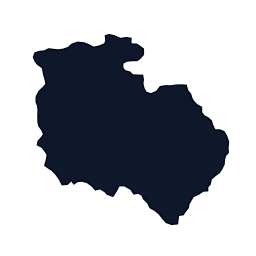 the district of Silveirânia, Minas Gerais, Brazil, rotated 277°
{"feature_id": "56859067B59643635589042", "entity_name": "Silveirânia", "entity_type": "district", "adm_level": 2, "iso_a3": "BRA", "parent_name": "Brazil", "parent_adm1": "Minas Gerais", "projection": "orthographic", "projection_center": [-43.2, -21.146], "detail": "fine", "context": "isolated", "style": "filled", "palette": "ink", "viewbox_px": 256, "rotation_deg": 277, "n_neighbors": 0, "source": "geoboundaries", "source_scale": "gbopen_adm2", "svg_char_len": 1822}
<svg xmlns="http://www.w3.org/2000/svg" viewBox="0 0 256 256"><g transform="rotate(277 128 128)"><path d="M80.7,50.1L78.7,53.8L76.8,57.7L73.3,62.1L68.7,66.3L63.8,69.5L64.8,74.7L69.2,78.1L66.0,81.1L68.8,84.3L69.8,88.3L69.1,94.0L66.0,99.6L62.7,103.1L64.4,107.8L62.2,112.7L59.8,115.6L58.4,121.3L64.4,124.2L69.6,126.0L70.4,131.4L67.5,138.4L63.4,141.8L64.6,146.5L63.1,150.0L59.4,152.4L56.0,156.8L51.6,159.7L49.5,165.0L46.4,169.6L42.8,173.1L38.9,177.6L37.7,183.1L39.0,188.7L43.7,188.7L47.5,188.6L48.7,193.2L53.0,195.5L56.1,197.4L60.0,197.7L63.7,199.2L68.0,201.1L71.0,206.1L74.7,210.4L75.4,214.6L79.3,214.2L82.2,216.3L87.3,216.7L91.1,220.0L95.0,224.2L99.3,226.2L103.9,227.7L109.1,227.5L112.6,228.1L115.7,230.4L121.0,229.5L126.5,229.4L132.1,226.7L136.0,223.7L137.2,219.2L136.6,214.4L141.8,211.2L145.2,209.8L147.7,206.3L149.2,202.1L152.4,199.0L157.5,198.4L159.4,193.6L162.1,190.1L165.0,187.8L169.1,186.0L172.4,182.6L177.4,180.5L177.1,175.3L176.1,169.5L174.9,165.4L174.4,160.2L172.9,155.0L167.6,151.9L164.6,146.5L165.6,141.5L169.2,138.9L173.8,137.2L178.0,137.2L182.0,136.0L181.5,130.4L181.1,126.2L183.6,123.1L184.5,117.5L187.5,115.2L191.8,114.9L194.3,118.5L195.4,123.3L196.2,128.9L198.9,131.6L202.9,134.3L208.4,133.5L212.1,126.6L211.7,120.4L217.3,120.0L217.4,115.2L215.8,109.6L217.7,103.4L218.3,97.8L216.8,94.4L212.2,95.5L208.8,94.8L205.7,89.5L203.8,83.9L205.7,79.1L207.0,74.1L206.9,67.6L204.2,62.1L200.6,59.0L198.2,54.2L196.9,49.4L196.8,44.4L196.8,39.7L194.1,35.5L193.1,30.7L191.1,26.6L186.8,25.6L182.9,27.8L180.2,30.5L177.5,35.7L170.5,38.0L165.4,40.2L161.4,41.4L157.9,38.9L153.6,35.3L148.0,33.2L142.8,33.7L139.4,35.5L134.8,36.7L129.0,37.2L123.2,38.0L119.0,39.5L115.8,42.6L111.5,45.2L107.8,43.2L104.1,40.5L100.2,40.2L98.5,45.0L95.3,48.2L91.7,51.2L86.3,50.9L80.7,50.1Z" fill="#0f172a" stroke="#020617" stroke-width="1.5"/></g></svg>